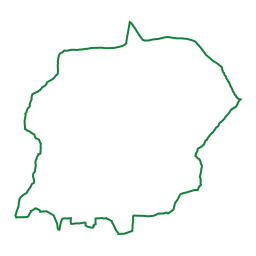 Mbarali, Mbeya, United Republic of Tanzania
{"feature_id": "72390352B36245556910711", "entity_name": "Mbarali", "entity_type": "district", "adm_level": 2, "iso_a3": "TZA", "parent_name": "United Republic of Tanzania", "parent_adm1": "Mbeya", "projection": "orthographic", "projection_center": [34.247, -8.278], "detail": "fine", "context": "isolated", "style": "outline", "palette": "green", "viewbox_px": 256, "rotation_deg": 0, "n_neighbors": 0, "source": "geoboundaries", "source_scale": "gbopen_adm2", "svg_char_len": 5653}
<svg xmlns="http://www.w3.org/2000/svg" viewBox="0 0 256 256"><path d="M129.8,22.1L126.3,41.8L126.3,42.5L126.0,43.2L126.2,43.4L125.8,43.7L125.6,44.1L123.1,45.7L122.3,46.1L121.7,46.1L121.0,46.4L118.1,47.1L116.3,47.4L114.4,47.9L106.8,48.2L105.7,48.2L100.8,47.6L97.2,47.9L92.7,47.9L90.3,48.2L87.1,48.9L85.8,48.8L84.0,49.2L82.6,49.3L82.1,49.5L80.1,49.5L77.1,50.0L76.0,50.1L75.0,49.8L71.7,49.8L68.7,50.3L67.5,50.7L64.0,50.6L63.9,50.8L63.7,50.9L63.3,51.6L62.4,52.3L60.0,53.5L59.2,54.7L58.9,55.5L58.7,56.8L58.3,57.8L58.1,60.2L57.8,61.1L57.7,61.6L58.1,63.5L57.8,64.2L57.7,65.5L58.0,70.8L57.9,71.8L57.8,73.7L57.3,74.3L55.4,76.1L54.4,77.6L52.8,79.0L50.3,80.5L48.5,81.4L47.1,82.3L46.6,83.7L44.9,85.8L43.1,86.8L42.2,87.4L41.6,88.0L40.3,89.8L37.5,91.8L35.5,92.7L32.7,94.1L32.2,94.6L32.0,95.2L31.7,96.7L31.5,98.0L31.7,99.2L31.5,99.9L30.6,101.5L29.6,104.5L29.9,105.6L29.8,106.1L29.3,107.0L27.9,108.2L26.9,110.5L26.4,112.3L26.1,112.8L25.4,113.5L25.3,113.8L25.7,114.5L25.7,114.9L25.3,116.6L25.2,118.1L24.8,119.5L24.6,121.2L24.7,124.7L24.9,125.9L25.0,126.5L25.0,128.7L25.1,129.1L25.7,129.2L26.2,129.5L26.5,130.1L27.1,130.6L28.3,130.9L30.4,131.9L30.8,132.4L32.2,133.4L32.7,133.7L33.5,133.9L34.2,134.4L34.5,135.1L34.7,136.0L35.3,137.4L36.0,138.3L38.0,139.1L39.0,139.8L40.4,143.1L40.8,143.5L40.6,146.0L40.6,146.9L40.8,148.3L40.6,149.5L40.6,150.3L40.5,150.5L40.5,153.0L40.3,153.5L39.4,154.2L39.2,154.2L39.3,154.3L38.8,154.6L38.0,155.4L36.7,157.7L36.5,158.6L36.5,159.2L36.2,159.7L35.7,160.3L35.7,161.1L35.3,162.3L35.6,163.3L35.6,164.3L35.9,165.4L35.4,167.4L35.4,168.0L35.1,169.4L35.0,170.8L34.8,171.7L33.6,173.2L33.1,174.2L33.1,176.9L33.7,178.6L34.1,180.5L34.2,181.5L34.0,182.3L33.8,182.9L31.9,184.1L31.6,184.5L31.0,186.0L30.1,187.8L28.7,189.2L28.3,190.2L27.5,191.2L26.6,193.0L26.2,193.3L24.7,194.1L24.2,194.3L22.8,195.3L20.3,197.7L19.9,198.4L19.3,199.7L19.3,200.6L18.9,202.1L18.8,204.2L18.5,205.7L18.5,206.5L17.4,209.4L16.7,211.0L16.3,213.1L15.4,215.3L16.2,217.5L18.5,217.2L20.7,217.3L21.7,217.2L24.5,217.2L25.1,217.1L26.7,217.0L28.0,216.7L28.4,216.3L28.5,215.7L29.9,213.2L30.8,212.0L30.8,211.8L30.8,210.9L31.9,210.6L32.7,210.2L34.7,208.8L35.2,208.3L35.7,208.3L36.5,208.8L37.0,208.8L37.4,209.0L37.7,209.3L38.6,209.6L39.0,210.0L39.9,210.5L40.0,210.7L40.2,211.8L41.3,211.6L45.7,211.3L46.7,211.4L53.6,215.3L57.1,223.6L57.9,229.3L58.7,229.6L59.4,229.7L59.7,228.8L60.2,225.4L60.9,222.2L62.2,218.9L62.6,218.7L64.4,218.4L67.4,218.4L68.1,218.5L69.0,218.3L70.9,218.2L70.7,219.4L70.8,219.9L70.8,220.8L70.6,221.8L71.1,223.8L72.8,223.9L74.7,223.5L77.2,223.3L78.6,223.5L80.7,223.2L81.6,223.2L83.0,222.7L85.5,222.6L85.7,225.7L86.3,225.9L86.7,226.2L87.6,226.7L88.8,226.9L90.5,227.5L92.9,227.7L93.4,227.0L93.6,226.5L93.5,225.5L93.9,225.4L94.0,224.8L95.6,224.3L95.5,222.4L95.6,218.6L96.9,218.3L99.3,218.3L101.8,218.0L103.5,218.5L105.5,218.4L106.4,218.1L106.6,218.4L107.5,219.1L107.9,219.1L109.2,219.6L110.8,220.7L111.9,221.2L111.9,221.8L112.4,223.2L113.7,225.2L114.6,227.0L114.8,227.7L115.1,228.2L115.4,229.1L115.8,229.6L115.9,230.2L116.6,231.1L117.1,231.5L117.7,232.3L118.6,233.7L118.5,233.9L124.3,233.7L132.1,231.0L132.6,227.6L132.5,226.1L132.8,222.9L133.2,222.1L133.1,216.9L133.3,215.8L133.7,215.6L144.3,215.9L148.9,216.4L149.6,216.1L153.2,215.9L155.7,214.9L157.6,213.9L159.4,213.5L162.6,213.5L163.5,213.3L163.8,213.5L165.0,212.9L166.8,212.7L167.9,213.5L173.4,209.8L175.1,202.9L175.4,202.4L176.5,201.3L177.8,199.2L178.8,197.3L179.6,195.2L180.0,194.7L180.4,194.3L180.8,194.0L181.9,193.7L182.7,193.3L183.1,193.3L184.0,192.9L184.6,192.9L185.6,192.6L186.4,192.5L193.8,190.2L196.9,189.9L197.8,190.0L198.2,188.7L199.0,187.0L199.2,186.6L199.5,186.1L199.8,185.8L200.7,185.4L201.0,184.5L200.6,183.7L200.6,181.9L200.5,180.9L200.8,179.3L199.9,177.2L199.9,176.3L200.4,174.8L200.8,172.7L201.1,171.7L201.3,169.0L201.8,167.2L201.9,165.9L201.8,165.2L201.7,164.9L201.2,164.3L200.9,163.7L200.6,162.5L200.4,161.1L200.1,160.3L199.4,159.7L199.2,159.1L198.9,158.9L197.4,158.1L197.1,157.5L196.3,156.8L196.1,156.5L195.5,156.0L195.3,155.6L195.3,155.3L195.9,154.4L195.8,153.3L196.2,152.8L196.8,152.2L197.1,151.5L197.5,150.7L197.7,149.0L198.2,148.3L199.3,147.9L201.0,146.8L202.2,146.2L202.7,145.4L203.5,144.9L203.5,144.7L204.3,143.8L205.4,140.7L205.6,140.5L207.0,139.8L207.1,139.2L207.4,138.5L208.1,137.8L208.7,136.8L209.4,136.0L210.1,134.9L210.6,134.4L211.4,133.4L212.4,132.7L212.9,132.4L213.4,131.9L213.9,130.6L214.1,130.3L214.9,129.7L215.7,128.2L216.4,127.3L218.1,126.4L218.6,125.6L218.7,124.4L219.7,122.9L221.1,121.8L221.6,121.5L224.0,119.2L226.0,116.3L228.6,113.5L229.8,111.8L230.4,110.7L231.2,109.7L232.0,109.3L232.4,108.6L233.8,108.1L234.2,107.6L235.4,107.1L236.0,106.7L236.3,106.4L237.2,104.5L237.3,104.5L238.3,101.9L239.7,100.3L240.6,99.4L238.6,98.9L238.1,98.6L237.7,98.2L237.4,97.7L236.7,97.4L236.3,97.0L236.3,96.4L235.8,95.4L234.8,94.7L234.3,93.7L233.9,92.6L232.9,91.4L232.6,90.2L232.0,89.1L231.2,87.0L230.6,86.5L230.2,85.0L229.3,83.0L228.7,81.9L227.9,81.0L227.6,79.9L226.7,78.8L226.1,77.5L225.9,76.4L224.6,75.2L224.0,73.0L223.0,71.9L222.7,71.3L222.7,70.3L222.0,69.0L221.9,68.7L222.1,68.0L222.0,67.4L221.2,66.6L217.0,63.3L212.6,60.6L209.5,57.7L208.4,57.0L206.9,55.6L206.3,55.3L205.0,53.5L204.0,52.2L203.5,51.3L201.7,49.2L201.0,48.0L200.1,47.1L198.8,45.5L198.1,45.0L196.1,42.3L195.1,41.5L193.5,40.8L190.8,39.9L186.8,38.9L181.5,38.3L177.1,38.4L167.7,37.0L166.3,37.2L165.7,37.2L164.5,37.4L160.8,38.3L160.3,38.5L157.8,39.0L156.9,39.1L156.3,39.1L153.5,39.4L151.3,39.8L149.0,40.4L148.1,40.5L144.7,40.5L143.8,40.2L143.1,40.1L142.4,39.5L140.2,36.5L138.2,33.5L137.7,32.6L136.8,31.4L135.1,28.4L134.1,27.4L133.8,26.7L133.4,26.2L132.8,25.2L131.1,23.1L129.8,22.1Z" fill="none" stroke="#15803d" stroke-width="2"/></svg>